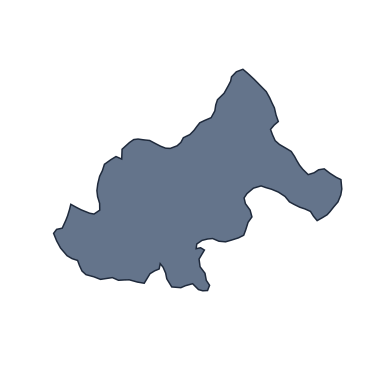 outline of Americana, São Paulo, Brazil, rotated 160°
{"feature_id": "56859067B58997870445641", "entity_name": "Americana", "entity_type": "district", "adm_level": 2, "iso_a3": "BRA", "parent_name": "Brazil", "parent_adm1": "São Paulo", "projection": "mercator", "projection_center": [-47.295, -22.724], "detail": "fine", "context": "isolated", "style": "filled", "palette": "slate", "viewbox_px": 384, "rotation_deg": 160, "n_neighbors": 0, "source": "geoboundaries", "source_scale": "gbopen_adm2", "svg_char_len": 1975}
<svg xmlns="http://www.w3.org/2000/svg" viewBox="0 0 384 384"><g transform="rotate(160 192 192)"><path d="M336.2,200.5L335.9,192.4L334.7,184.3L331.2,174.9L327.5,170.4L322.9,166.8L322.9,161.5L322.4,155.4L319.9,150.6L313.1,145.8L307.9,141.2L296.1,138.8L291.3,134.2L285.3,132.4L280.9,130.9L274.2,126.1L268.1,122.6L259.4,129.6L254.0,130.7L249.2,130.9L246.4,135.5L244.9,131.2L244.5,124.8L245.4,119.1L243.5,109.7L235.2,105.9L230.3,106.2L222.8,105.6L219.3,98.1L215.7,95.5L211.1,94.1L207.4,98.3L208.8,104.1L207.6,111.2L210.0,119.0L208.3,126.6L200.2,133.2L203.0,136.7L207.5,137.3L205.3,141.5L199.2,143.1L193.4,142.5L188.5,141.2L183.5,136.5L177.5,133.7L171.2,133.3L164.0,133.0L158.2,133.7L154.5,138.0L149.7,144.3L144.2,148.1L143.6,155.1L145.8,162.8L145.1,168.6L140.9,171.7L133.0,174.6L125.0,174.1L121.1,170.9L116.2,167.3L110.8,162.3L106.1,156.0L103.8,149.4L100.3,145.4L95.9,140.8L91.7,137.5L87.3,133.2L86.1,127.6L84.2,122.3L78.2,123.3L72.8,124.4L69.0,126.4L63.8,129.6L58.3,132.7L53.2,138.3L50.2,143.6L47.8,152.7L51.4,156.4L56.2,162.7L59.8,168.5L65.4,169.6L70.7,168.3L76.9,168.6L80.2,175.6L81.8,180.4L82.8,185.6L83.5,190.4L84.9,196.2L87.7,199.7L93.6,206.8L96.3,211.8L96.8,218.4L96.8,224.0L91.9,226.8L86.8,228.7L86.7,235.6L85.8,242.9L86.4,248.4L86.8,253.9L87.9,260.9L91.7,269.2L95.0,276.5L97.5,281.4L99.6,285.4L102.2,289.9L109.2,289.8L115.5,286.7L117.8,282.9L121.6,279.4L128.1,273.8L136.5,270.0L139.9,265.7L142.8,260.4L148.6,255.3L155.8,254.9L161.0,254.4L165.2,251.8L168.9,249.3L174.3,246.7L181.5,246.0L185.5,242.4L190.2,240.5L197.5,240.4L201.8,242.2L205.8,245.7L209.5,249.7L214.2,254.9L219.3,257.4L224.6,260.2L228.8,261.2L233.8,259.9L243.1,256.1L244.9,251.6L246.8,247.0L251.3,251.3L256.9,250.2L264.8,248.0L269.0,242.6L273.4,238.4L277.8,231.8L280.9,225.8L282.3,219.9L282.7,212.9L284.9,206.5L291.6,204.8L295.5,207.1L302.3,213.2L305.9,217.1L310.1,221.9L313.1,217.4L317.1,212.1L320.3,208.5L326.3,202.4L332.0,203.2L336.2,200.5Z" fill="#64748b" stroke="#1e293b" stroke-width="1.5"/></g></svg>